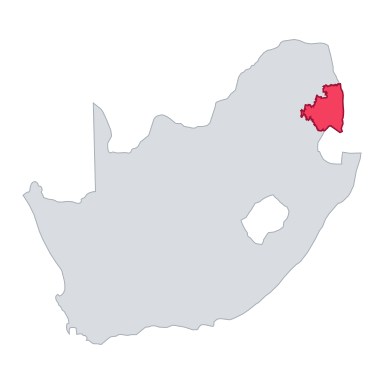 Ehlanzeni, Mpumalanga, South Africa shown in context
{"feature_id": "47623444B37290189898198", "entity_name": "Ehlanzeni", "entity_type": "district", "adm_level": 2, "iso_a3": "ZAF", "parent_name": "South Africa", "parent_adm1": "Mpumalanga", "projection": "robinson", "projection_center": [30.857, -24.99], "detail": "fine", "context": "in_parent", "style": "filled", "palette": "rose", "viewbox_px": 384, "rotation_deg": 0, "n_neighbors": 0, "source": "geoboundaries", "source_scale": "gbopen_adm2", "svg_char_len": 7585}
<svg xmlns="http://www.w3.org/2000/svg" viewBox="0 0 384 384"><path d="M283.1,41.1L294.2,39.5L299.2,40.4L305.2,43.0L310.8,43.9L320.3,43.0L323.6,43.4L326.2,44.3L328.1,45.6L330.8,55.9L333.1,66.8L333.1,70.3L333.4,71.7L336.1,76.3L337.1,79.2L338.7,81.6L342.1,93.3L342.5,95.3L342.4,123.6L341.1,127.0L341.7,131.5L340.1,132.0L330.6,126.4L329.0,126.6L326.3,128.7L323.9,132.0L322.7,134.8L318.0,142.5L317.6,147.3L318.0,151.4L319.6,151.6L320.7,154.6L323.3,159.3L327.7,162.4L331.7,163.7L337.3,164.1L341.8,164.0L341.5,160.8L342.6,152.2L350.0,153.3L361.0,153.0L360.2,158.6L356.2,171.3L353.6,185.6L350.3,192.8L348.4,195.8L343.1,201.0L340.3,202.8L338.0,203.4L328.9,214.0L325.5,219.1L322.5,226.6L319.5,230.7L315.1,239.5L307.5,252.4L301.0,260.9L298.2,263.4L296.2,264.5L291.1,269.4L283.9,277.4L278.5,284.4L270.3,292.4L265.5,295.9L258.4,302.7L256.4,303.7L248.4,310.1L242.7,314.0L233.4,318.5L229.7,319.8L220.8,318.6L217.1,319.2L214.0,321.9L213.8,325.8L212.5,326.4L204.3,324.6L201.0,324.9L199.0,327.0L197.5,329.6L192.8,329.8L184.5,327.1L174.7,325.4L172.4,325.2L167.7,327.2L166.0,327.5L159.1,327.1L155.2,325.8L151.6,325.8L148.8,326.9L145.4,327.2L136.4,334.6L131.6,334.6L127.6,335.4L120.3,334.4L118.1,334.9L116.0,336.2L111.1,336.7L109.2,337.8L101.1,344.5L97.6,343.8L93.3,343.7L88.3,340.2L86.4,340.4L86.9,339.3L87.0,337.5L85.2,335.5L83.3,335.6L82.2,334.0L79.2,333.9L76.8,334.4L76.1,328.2L75.0,327.6L72.0,327.4L70.6,327.6L69.9,328.2L69.2,329.6L69.3,333.9L68.3,332.7L67.0,330.1L66.5,327.4L66.8,324.1L69.0,322.9L68.2,318.7L64.4,311.6L62.3,310.1L60.5,306.4L58.8,305.1L58.0,302.6L56.3,300.5L55.6,297.3L56.4,295.4L57.8,294.4L59.3,296.0L61.1,295.4L63.5,293.0L64.9,289.5L64.8,283.8L64.2,280.3L61.9,271.1L60.8,269.0L56.0,262.4L50.3,253.6L43.0,239.8L39.4,231.4L34.0,214.6L29.3,205.1L23.7,196.2L23.0,195.7L23.8,194.6L26.6,192.5L27.9,192.0L28.6,192.2L29.2,191.7L29.9,190.3L30.2,187.1L31.4,183.8L32.6,182.4L35.1,181.5L37.1,182.7L37.9,184.0L38.3,185.6L39.1,186.3L40.5,186.3L41.5,187.3L42.1,189.3L42.0,190.7L41.3,191.7L41.4,192.8L42.5,194.3L43.7,197.6L48.9,199.3L51.8,199.5L54.6,200.3L57.2,201.8L61.5,202.1L67.4,201.4L72.3,201.7L76.2,203.1L79.0,203.4L80.7,202.5L81.4,201.2L81.1,199.5L82.0,198.5L83.9,198.0L85.4,196.7L86.5,194.6L89.2,192.9L93.4,191.6L95.5,191.6L93.3,103.0L101.0,109.1L102.9,111.9L106.8,120.2L110.8,130.4L111.5,135.4L111.4,136.5L107.7,143.2L107.6,146.5L108.1,150.4L109.1,152.3L110.2,153.0L112.9,152.0L117.1,153.0L125.0,152.6L128.9,153.1L129.9,152.8L130.8,152.0L131.8,149.6L132.7,148.9L136.4,147.8L138.0,146.5L140.5,141.9L148.3,135.7L149.1,134.2L153.8,119.4L155.2,117.3L157.4,115.9L161.7,114.8L164.3,115.4L167.0,116.7L170.2,118.8L174.9,122.8L176.4,123.5L181.1,123.6L184.0,126.3L192.6,128.1L195.1,128.0L197.8,126.5L202.2,126.6L207.0,125.6L209.9,123.0L215.2,106.8L215.8,103.2L216.4,102.2L221.0,100.4L226.5,99.0L227.6,98.3L231.0,93.8L235.5,90.0L238.6,77.1L240.6,74.0L241.9,72.7L242.7,72.7L243.9,71.9L245.3,70.3L247.1,69.3L249.2,69.0L250.5,67.9L251.1,66.2L252.2,65.3L253.7,65.4L254.6,64.8L254.8,63.7L258.2,60.9L258.2,59.8L260.1,57.0L263.9,52.7L267.5,50.3L270.8,49.8L277.0,47.5L279.2,45.5L280.6,42.7L283.1,41.1ZM273.6,232.1L279.0,230.0L283.1,227.1L283.9,221.8L287.0,218.6L288.2,215.6L289.0,211.4L287.2,207.1L284.6,205.8L280.0,202.0L278.0,199.5L275.2,197.4L273.2,194.8L270.1,195.6L265.2,197.7L262.1,199.6L259.6,201.8L255.0,203.4L250.8,210.6L249.4,212.2L246.1,217.4L241.2,220.0L241.1,220.9L242.8,225.2L245.0,229.4L247.4,232.9L247.4,235.0L248.2,236.6L250.3,237.8L253.9,242.1L255.7,243.5L261.1,244.5L261.9,244.3L263.3,241.7L263.5,239.9L267.1,234.3L268.6,232.6L273.6,232.1Z" fill="#d9dde1" stroke="#a8b0b8" stroke-width="1"/><path d="M340.4,83.8L339.8,83.9L339.6,83.9L339.4,83.9L339.2,83.9L339.1,84.0L338.9,84.2L338.7,84.1L338.5,83.9L338.4,83.9L338.2,83.8L337.9,83.9L337.8,84.0L337.7,84.1L337.6,84.3L337.4,84.4L337.3,84.5L337.3,84.8L337.4,85.0L337.3,85.3L337.1,85.5L336.6,85.7L336.4,85.7L336.2,85.6L336.1,85.4L336.1,85.2L336.0,84.9L335.9,84.7L335.7,84.5L335.3,84.6L335.2,84.6L334.9,84.8L334.8,85.0L334.7,85.1L334.7,85.3L334.5,85.5L334.4,85.6L334.2,85.5L334.1,85.3L334.0,85.2L333.9,85.0L333.7,85.0L333.4,85.1L333.3,85.3L333.3,85.5L333.2,85.6L332.9,85.5L332.6,85.3L332.6,85.2L332.4,85.2L332.1,85.0L331.8,84.9L331.7,84.9L331.4,84.7L331.2,84.7L331.2,84.8L331.2,85.1L331.1,85.3L331.0,85.5L330.9,85.5L330.7,85.6L330.3,85.8L330.2,85.8L330.2,85.7L330.0,85.4L329.9,85.5L329.7,85.8L329.3,86.0L329.2,86.0L328.9,86.1L328.7,86.2L328.4,86.0L328.2,86.0L327.9,86.3L327.8,86.5L327.5,86.6L327.4,86.6L327.2,86.4L327.2,86.2L327.1,85.9L327.0,85.7L326.9,85.6L326.6,85.3L326.4,85.2L326.2,85.1L325.7,85.1L325.6,85.3L325.6,85.5L325.4,85.7L325.2,85.8L324.8,86.0L324.7,86.0L324.6,85.9L324.3,85.9L324.2,85.9L324.0,86.0L323.9,86.1L323.7,86.1L323.4,86.4L323.8,86.5L324.6,86.4L324.4,87.1L324.0,87.0L324.3,87.7L323.7,88.2L323.1,88.7L323.2,89.8L323.3,90.8L323.2,91.7L323.2,92.0L324.2,92.0L325.2,91.9L325.5,91.8L326.2,91.6L326.3,91.8L326.8,92.6L327.1,93.0L325.4,93.3L325.4,94.8L326.3,94.5L326.6,95.1L327.3,96.3L326.7,97.6L326.3,97.7L325.5,97.7L324.3,97.9L324.1,97.9L323.8,97.9L323.2,98.0L322.1,98.1L321.2,98.3L321.1,96.8L320.3,96.9L320.2,96.9L319.4,97.2L318.4,96.6L317.9,96.3L317.9,96.2L317.6,95.9L317.0,95.3L316.4,96.2L316.5,97.4L316.5,98.1L316.4,98.9L315.8,98.4L315.4,99.3L316.0,100.3L316.2,101.2L315.5,101.9L315.4,102.0L314.5,101.9L314.4,102.5L315.1,102.9L314.9,103.8L314.5,104.8L314.1,104.6L313.9,105.3L313.4,105.6L313.4,106.3L313.0,105.8L312.6,106.0L311.6,106.3L311.6,106.5L311.6,106.8L311.5,107.2L311.4,107.1L311.1,106.7L310.7,106.2L310.4,105.1L310.1,104.8L309.4,104.7L309.4,104.8L309.4,105.0L309.5,105.0L308.6,104.7L308.6,105.1L308.6,105.3L308.6,105.5L307.9,105.3L307.7,105.3L307.7,105.5L307.8,105.5L307.7,105.5L307.5,105.2L306.4,105.0L305.4,104.9L305.0,106.5L304.9,107.6L304.9,108.1L305.0,108.1L305.0,108.3L305.3,108.9L305.4,109.1L304.6,109.0L304.4,109.1L304.4,110.5L304.3,111.3L303.8,111.3L303.2,111.4L303.2,111.0L302.5,110.3L301.9,109.9L301.9,110.4L300.9,110.6L301.2,111.3L301.4,111.8L301.5,113.9L301.5,114.4L301.3,115.1L301.4,116.6L301.1,116.5L301.2,116.9L301.8,117.2L302.7,115.9L303.0,115.4L303.4,115.0L303.5,114.8L303.6,114.7L303.8,114.2L303.7,114.2L303.8,113.8L303.9,113.5L304.2,114.1L304.3,114.3L305.0,114.8L305.0,115.0L305.2,114.9L305.3,115.0L305.3,115.4L305.3,115.6L305.5,115.8L305.2,116.1L305.3,116.3L305.6,117.0L305.9,117.2L306.0,116.8L306.5,117.0L306.4,117.5L306.3,118.3L306.4,118.2L306.1,118.8L306.3,119.1L306.5,119.4L306.8,119.8L307.1,119.3L307.6,119.1L308.2,119.8L308.6,120.2L309.3,119.2L310.0,118.6L309.6,117.5L310.1,116.9L310.6,116.7L310.5,117.5L310.7,118.2L310.8,118.3L311.3,119.3L311.3,119.5L311.7,119.2L311.9,119.8L312.3,119.6L312.6,119.6L312.9,119.9L313.0,119.9L313.0,120.0L312.8,120.4L312.4,121.3L312.5,121.7L313.1,121.8L313.5,121.7L314.0,122.6L314.4,123.5L314.1,123.8L313.9,124.2L315.1,124.6L314.7,125.5L316.5,126.2L316.4,126.4L316.3,126.7L316.4,127.0L316.6,127.4L316.9,127.6L316.9,128.2L317.1,128.4L317.3,128.9L317.2,129.0L317.3,129.1L317.8,129.2L318.2,129.3L318.4,129.5L318.3,130.3L318.2,130.4L318.9,130.7L319.6,130.7L320.5,130.8L321.4,130.9L321.7,130.5L322.3,129.9L322.9,129.3L322.9,129.7L322.9,130.4L323.2,130.6L324.7,130.6L327.5,127.9L328.6,126.3L330.7,125.7L333.2,127.5L334.5,128.5L340.0,132.5L342.2,131.4L341.3,128.6L342.3,125.1L342.7,124.7L342.9,123.9L342.9,123.5L342.8,122.5L342.7,121.0L342.4,121.0L342.3,120.6L342.3,120.3L342.3,119.8L342.3,119.6L342.3,119.4L342.5,118.9L342.6,118.7L343.0,117.7L343.2,115.8L343.4,114.2L343.4,112.8L343.5,111.5L343.4,109.9L343.1,106.5L342.8,100.9L343.0,98.1L343.1,95.2L342.5,91.5L342.4,91.4L340.9,88.6L340.5,84.2L340.4,83.8Z" fill="#f43f5e" stroke="#9f1239" stroke-width="1.5"/></svg>